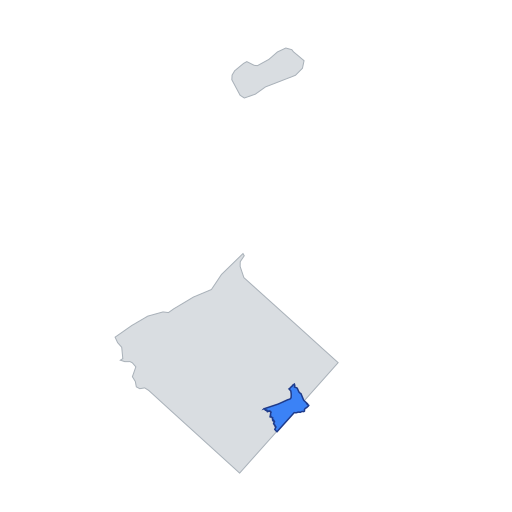 location of Mongomo, Wele-Nzás, Equatorial Guinea, rotated 42°
{"feature_id": "11065452B93694652116414", "entity_name": "Mongomo", "entity_type": "district", "adm_level": 2, "iso_a3": "GNQ", "parent_name": "Equatorial Guinea", "parent_adm1": "Wele-Nzás", "projection": "equal_earth", "projection_center": [11.198, 1.625], "detail": "fine", "context": "in_parent", "style": "filled", "palette": "blue", "viewbox_px": 512, "rotation_deg": 42, "n_neighbors": 0, "source": "geoboundaries", "source_scale": "gbopen_adm2", "svg_char_len": 3753}
<svg xmlns="http://www.w3.org/2000/svg" viewBox="0 0 512 512"><g transform="rotate(42 256 256)"><path d="M388.4,280.3L388.6,309.6L388.7,334.4L388.8,361.3L388.9,389.3L389.0,412.9L389.1,428.3L369.8,428.2L344.2,428.1L318.7,428.0L293.1,427.9L280.2,427.8L266.1,427.7L261.5,428.5L258.4,432.4L254.6,433.3L250.3,430.0L244.9,428.4L243.5,425.0L240.9,418.8L235.6,418.1L233.0,418.8L229.2,422.3L224.9,424.2L225.7,421.4L217.3,413.7L211.2,413.0L205.6,410.6L210.2,390.7L215.8,373.1L224.3,359.8L228.8,356.6L230.3,350.0L237.0,328.3L245.3,310.7L242.7,292.8L244.7,262.9L247.1,263.7L247.5,266.6L248.1,270.8L251.2,274.4L261.5,280.2L292.3,280.2L310.7,280.2L337.8,280.2L366.6,280.3L388.4,280.3ZM144.6,78.7L147.0,79.2L161.0,78.7L164.9,85.4L164.4,95.3L149.9,124.0L147.2,136.2L141.6,146.4L136.7,147.2L120.1,141.2L117.2,137.6L116.2,132.6L117.9,121.2L119.1,117.7L127.1,115.5L129.7,113.6L134.0,101.3L135.4,90.0L139.0,81.5L144.6,78.7Z" fill="#d9dde1" stroke="#a8b0b8" stroke-width="1"/><path d="M369.5,332.7L372.2,333.0L374.4,334.9L375.5,336.1L376.3,337.1L376.8,337.7L377.0,338.6L377.0,339.4L376.7,340.0L376.5,340.4L375.8,341.5L371.5,351.3L364.1,364.3L364.1,364.2L364.4,364.1L364.6,364.0L365.6,364.1L365.9,364.3L366.1,364.3L366.2,364.2L366.4,364.0L366.6,363.9L366.8,363.6L366.9,363.8L367.0,364.0L367.4,363.9L367.6,363.7L367.8,363.5L368.0,363.6L368.3,363.9L368.6,364.1L368.8,364.0L368.9,363.7L368.9,363.2L369.0,363.0L369.1,362.8L369.2,362.7L369.4,362.8L369.5,362.8L369.7,362.6L369.8,362.5L369.8,362.4L369.7,362.2L370.3,362.1L370.5,362.1L370.7,361.7L370.8,361.7L371.0,361.9L371.2,362.0L371.3,362.0L371.6,362.0L371.8,362.1L371.8,362.3L372.0,362.8L372.2,363.2L372.4,363.5L372.7,363.8L372.8,363.9L372.8,364.1L372.9,364.3L373.1,364.5L373.3,364.5L373.3,364.8L373.4,365.0L373.5,365.0L373.7,365.3L373.8,365.3L373.8,365.5L373.8,365.8L374.0,366.0L374.3,366.0L374.4,365.9L374.5,365.8L374.7,365.7L374.8,365.5L374.8,365.4L375.0,365.4L375.0,365.5L375.1,365.4L375.3,365.3L375.5,365.3L375.8,365.3L375.9,365.2L376.0,365.2L376.1,365.3L376.3,365.4L376.5,365.4L376.8,365.2L376.9,365.4L376.9,365.5L377.0,365.7L377.0,365.8L377.2,366.0L377.3,366.0L377.5,366.2L377.7,366.3L377.8,366.4L377.9,366.6L378.0,366.8L378.3,366.9L378.5,366.8L378.7,367.0L378.8,367.1L379.0,367.0L379.1,366.9L379.1,366.7L379.2,366.8L379.3,366.8L379.5,366.9L379.7,366.7L379.8,366.5L380.0,366.6L380.3,366.7L380.5,366.7L380.7,366.8L380.7,367.0L380.7,367.5L380.8,367.6L380.8,367.8L381.0,368.0L381.1,368.3L381.1,368.6L381.2,368.8L381.3,368.9L381.5,368.9L381.8,368.8L382.0,368.9L382.0,369.0L382.3,369.1L382.5,369.2L382.8,369.0L383.0,369.1L383.2,369.3L383.3,369.3L383.5,369.2L383.8,369.3L383.9,369.5L384.0,369.7L384.1,369.8L384.3,369.9L384.5,369.9L384.7,369.7L384.8,369.8L385.0,370.0L385.3,369.9L385.4,370.3L385.5,370.8L385.6,371.1L385.7,371.4L385.8,371.8L386.0,372.3L388.5,372.6L388.9,372.5L389.2,372.5L389.2,346.8L389.9,346.3L390.2,346.1L390.6,345.8L390.9,345.4L391.0,345.2L391.4,344.6L391.5,344.3L391.7,344.0L391.9,343.7L392.2,343.5L392.5,343.3L392.7,343.0L392.9,342.9L393.1,342.8L393.5,342.5L393.8,341.8L394.0,341.2L394.3,340.7L394.6,340.4L395.1,340.1L395.5,339.8L395.7,339.4L395.8,338.9L395.7,338.6L395.3,338.3L395.1,338.1L394.8,337.8L394.7,337.4L394.7,337.0L394.6,336.6L394.6,336.0L394.9,335.5L395.0,334.9L395.2,334.4L395.1,333.7L395.2,333.2L395.3,332.7L395.2,332.1L395.1,331.8L395.1,331.7L392.8,331.8L392.9,331.4L388.0,331.3L381.5,328.2L380.6,328.5L379.7,328.3L379.0,328.4L375.2,326.7L374.6,326.7L373.3,327.2L372.3,327.6L371.4,326.2L370.2,325.5L370.1,325.8L370.1,326.1L370.1,326.5L369.9,327.0L369.7,327.3L369.7,327.6L369.9,327.8L369.9,328.3L369.8,328.7L369.9,328.9L369.9,329.0L369.7,329.5L369.7,329.9L369.7,330.3L369.6,330.8L369.7,331.2L369.7,331.6L369.7,332.1L369.5,332.7Z" fill="#3b82f6" stroke="#1e3a8a" stroke-width="1.5"/></g></svg>